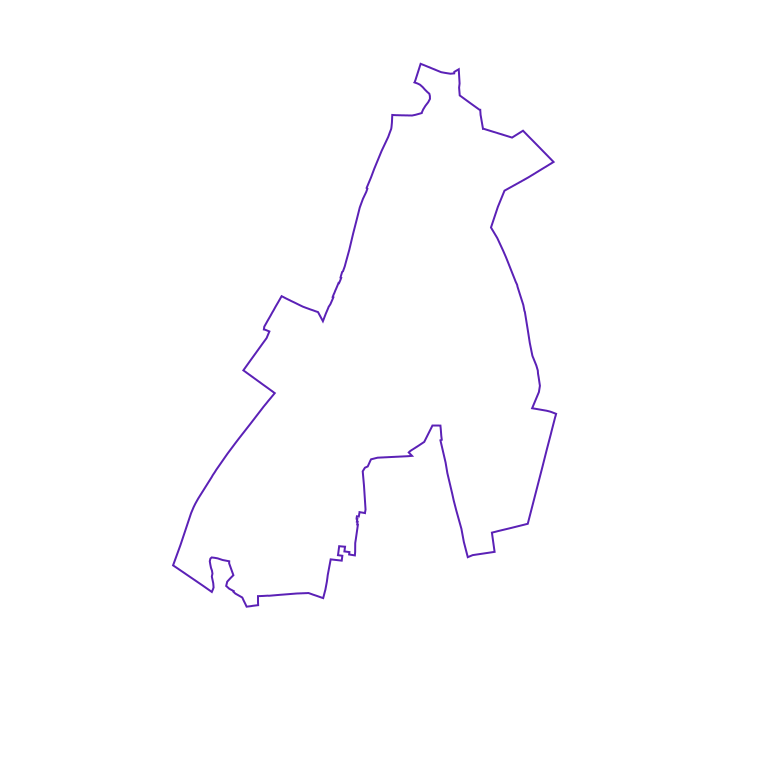 the district of Dobele, Dobele, Latvia, rotated 45°
{"feature_id": "27541924B14429265035734", "entity_name": "Dobele", "entity_type": "district", "adm_level": 2, "iso_a3": "LVA", "parent_name": "Latvia", "parent_adm1": "Dobele", "projection": "albers", "projection_center": [23.281, 56.623], "detail": "fine", "context": "isolated", "style": "outline", "palette": "violet", "viewbox_px": 768, "rotation_deg": 45, "n_neighbors": 0, "source": "geoboundaries", "source_scale": "gbopen_adm2", "svg_char_len": 4353}
<svg xmlns="http://www.w3.org/2000/svg" viewBox="0 0 768 768"><g transform="rotate(45 384 384)"><path d="M567.7,442.3L580.9,424.5L565.4,412.8L567.4,409.5L568.5,407.6L575.8,395.7L584.5,381.2L555.0,331.2L545.5,315.3L537.6,301.8L535.6,298.5L528.3,286.1L528.2,285.8L526.8,283.4L522.5,285.3L520.9,286.1L517.9,287.9L508.1,294.8L505.9,296.4L499.2,280.1L495.5,275.0L488.6,269.9L485.5,267.7L483.2,265.7L478.6,263.2L471.1,260.0L469.8,259.5L469.5,259.3L469.2,259.2L468.8,259.0L458.1,251.9L447.3,244.0L432.6,233.4L431.6,233.0L426.6,229.6L417.3,224.8L409.6,220.8L408.4,220.0L407.9,219.7L404.6,218.5L402.6,217.6L396.8,215.1L385.5,210.2L380.6,208.1L374.0,205.5L360.9,200.7L349.0,197.7L339.3,178.3L332.5,162.1L339.9,136.1L343.1,122.8L346.9,107.1L323.8,106.8L309.6,106.7L303.2,106.6L300.3,119.2L274.0,133.1L273.6,133.6L263.0,126.1L262.1,125.5L258.2,122.1L257.9,122.5L246.9,124.3L233.5,126.4L227.5,121.3L225.0,118.1L214.3,108.6L213.0,113.6L214.0,114.7L211.6,117.6L209.7,119.0L206.8,121.1L203.9,123.1L186.7,130.3L183.5,131.7L191.3,146.8L191.9,148.1L192.1,148.4L192.3,149.2L195.2,147.8L197.9,146.9L201.6,146.7L204.6,146.9L208.2,146.9L210.8,146.7L212.8,147.9L214.9,149.9L216.0,153.5L216.6,158.1L217.6,162.3L218.8,165.3L219.1,165.7L218.4,167.0L215.9,171.4L214.0,174.3L206.2,181.8L201.9,185.9L199.6,187.9L204.8,193.6L207.6,197.0L208.7,198.5L210.3,202.1L211.8,205.3L212.3,206.4L217.5,220.9L225.0,238.9L228.7,247.0L233.1,257.7L234.1,257.6L235.6,260.7L238.2,268.0L240.7,273.4L242.1,276.4L243.9,279.4L248.5,287.1L255.9,299.6L264.6,313.7L270.9,324.8L273.1,328.6L275.3,333.3L275.2,334.2L275.2,334.4L277.3,338.3L278.0,339.5L278.7,339.2L279.8,341.7L280.9,344.5L280.4,344.7L281.7,347.8L283.2,351.5L283.3,351.9L284.7,355.1L284.9,355.8L286.2,358.8L286.9,358.5L288.0,361.2L289.7,365.6L290.3,368.6L290.9,369.9L293.1,375.4L295.7,381.2L296.4,382.8L286.5,379.8L284.1,381.0L281.9,382.0L279.1,383.4L278.2,383.8L277.1,384.3L275.0,385.3L271.9,386.7L270.2,387.3L265.8,388.8L263.1,389.7L259.5,391.0L258.2,391.4L256.8,391.9L254.2,392.8L251.6,393.6L249.5,394.3L251.5,401.6L251.9,403.2L252.7,406.2L253.9,410.3L254.4,412.3L255.7,416.8L256.2,418.7L257.0,421.7L257.8,424.5L258.8,428.1L260.5,430.4L261.5,429.7L265.8,427.9L267.1,431.1L268.5,434.5L269.6,441.5L272.0,456.2L272.9,461.8L274.9,473.8L298.8,470.0L304.2,469.1L313.2,467.7L314.2,478.5L314.4,480.1L314.9,485.4L315.0,486.0L317.7,506.7L319.9,524.8L320.7,530.8L322.6,543.9L323.3,547.9L324.1,552.3L326.1,563.5L326.7,566.0L327.4,569.6L328.0,571.7L329.5,578.3L333.6,596.3L335.2,602.0L336.5,605.8L338.9,611.7L339.7,613.3L339.9,613.7L354.0,641.9L363.1,661.4L366.1,660.8L398.4,654.7L408.0,653.0L408.7,652.9L409.3,652.8L408.0,649.6L407.7,649.1L407.4,648.4L404.1,645.6L398.4,641.9L396.8,639.4L394.3,637.6L391.6,636.3L388.6,634.3L386.1,632.5L384.7,630.2L384.8,628.5L387.1,626.7L389.7,624.9L394.3,622.6L399.9,618.8L401.3,620.3L412.7,625.7L412.7,630.0L412.9,634.6L415.2,638.4L419.3,638.2L424.2,636.7L424.4,637.4L427.1,637.3L434.7,635.2L435.1,635.3L438.0,636.4L441.3,637.5L444.3,638.6L447.2,634.9L448.0,633.7L450.9,630.0L451.4,629.4L449.0,627.2L444.9,623.1L447.7,620.1L451.1,616.3L451.4,615.9L452.3,615.2L459.8,606.3L464.6,600.7L470.3,594.0L477.6,586.1L478.4,585.2L481.5,583.7L482.4,583.3L486.0,581.5L490.6,579.3L492.4,578.4L488.5,571.8L488.2,571.2L483.4,564.2L480.9,560.9L479.4,559.0L470.3,545.7L479.0,538.8L478.4,538.0L476.0,534.9L472.5,537.6L471.4,536.1L467.7,531.3L467.0,530.4L470.6,527.4L471.5,526.6L474.4,530.4L478.4,527.3L479.9,529.2L484.6,525.8L482.4,523.2L476.1,516.8L473.7,513.5L465.0,501.9L464.4,502.3L464.0,501.8L463.6,501.2L463.2,500.7L462.8,500.1L462.6,500.3L462.2,500.6L461.8,500.1L461.4,499.5L461.0,499.0L460.6,498.4L460.4,498.6L460.1,498.8L459.6,498.4L458.8,497.3L458.4,496.7L458.7,496.5L459.1,496.2L459.5,495.9L459.9,495.6L459.3,494.7L458.7,493.8L458.2,493.2L457.8,492.5L457.3,491.9L460.4,489.7L460.8,489.4L461.2,489.2L461.6,488.8L461.8,488.7L461.3,488.1L460.9,487.5L460.5,486.9L459.7,485.8L441.7,470.0L430.7,460.8L429.7,456.7L430.8,453.8L430.2,452.2L428.5,447.7L428.1,446.4L431.6,440.6L452.0,418.1L454.6,415.0L449.9,414.9L449.9,413.4L450.2,411.5L451.9,403.9L453.4,396.5L448.3,381.1L447.6,379.1L453.3,373.5L456.8,376.4L461.1,380.1L464.3,382.6L463.7,383.9L483.1,396.0L491.8,402.2L509.6,413.2L515.7,417.1L524.7,422.4L535.7,428.6L541.2,431.7L545.7,434.8L552.1,439.2L565.7,447.2L567.7,442.3Z" fill="none" stroke="#5b21b6" stroke-width="2"/></g></svg>